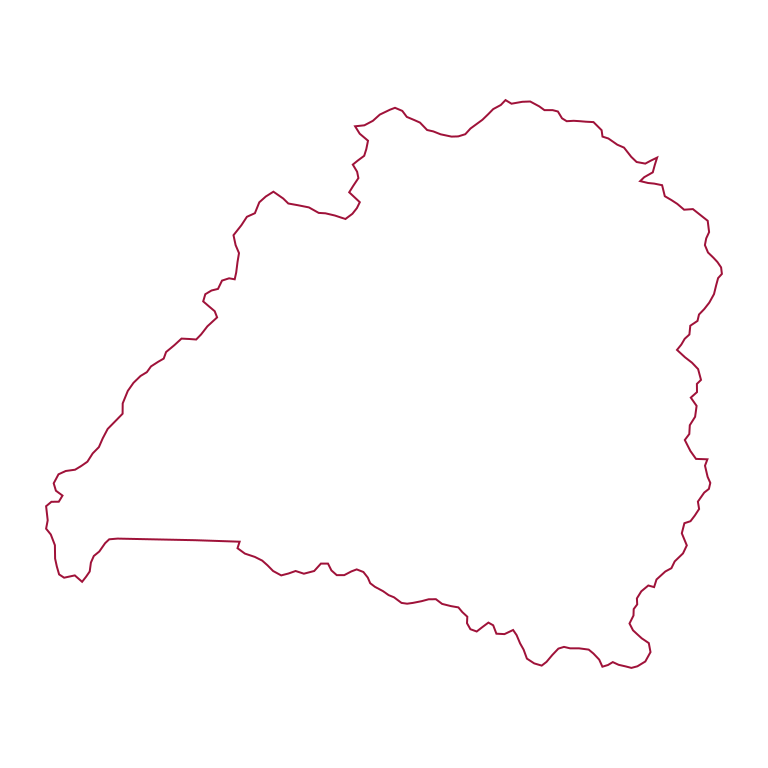 Ribeirão Branco, São Paulo, Brazil (Albers equal-area conic projection)
{"feature_id": "56859067B550904293643", "entity_name": "Ribeirão Branco", "entity_type": "district", "adm_level": 2, "iso_a3": "BRA", "parent_name": "Brazil", "parent_adm1": "São Paulo", "projection": "albers", "projection_center": [-48.778, -24.254], "detail": "fine", "context": "isolated", "style": "outline", "palette": "rose", "viewbox_px": 768, "rotation_deg": 0, "n_neighbors": 0, "source": "geoboundaries", "source_scale": "gbopen_adm2", "svg_char_len": 3531}
<svg xmlns="http://www.w3.org/2000/svg" viewBox="0 0 768 768"><path d="M686.8,545.4L681.8,533.3L684.4,523.2L690.5,521.2L694.7,515.7L699.1,509.0L697.9,501.6L704.2,492.6L708.9,488.9L710.3,482.9L707.6,476.8L705.0,465.7L707.4,459.3L696.0,458.9L690.4,451.0L684.8,440.0L689.3,434.0L689.8,425.2L695.1,416.8L696.6,405.9L690.8,397.6L697.0,392.1L696.9,383.9L701.0,379.9L698.1,369.1L692.0,362.7L684.9,357.2L677.0,349.9L681.3,344.6L684.7,338.8L689.4,334.5L690.3,325.7L697.5,320.9L699.0,314.5L704.3,309.0L709.3,302.6L714.0,294.1L716.1,285.5L718.1,278.1L721.9,273.9L721.1,267.4L717.4,262.0L713.5,257.8L708.0,252.5L704.9,245.1L706.2,238.4L709.1,232.1L707.7,220.8L692.9,209.1L684.1,209.7L677.3,203.9L671.3,200.0L664.8,196.2L662.1,185.2L654.2,183.6L648.1,183.0L640.2,181.1L644.2,177.2L652.8,172.3L654.8,164.9L657.1,157.6L650.5,160.8L645.3,163.6L636.6,162.0L631.2,156.8L624.0,147.6L617.3,144.7L608.4,138.5L602.5,136.6L601.6,130.2L593.5,122.1L585.8,121.7L580.0,121.2L573.8,120.8L566.7,121.2L562.0,118.3L557.9,111.5L552.5,110.1L544.4,110.1L539.3,106.4L530.2,101.5L522.3,101.8L511.5,103.7L505.5,100.1L500.8,105.0L493.2,109.1L488.2,114.2L482.4,119.8L470.5,128.5L465.3,134.2L458.2,136.4L451.5,136.6L440.6,134.3L433.3,131.4L427.1,130.0L420.0,122.6L414.4,120.1L406.8,116.9L402.3,110.9L395.0,107.8L390.0,109.7L379.8,114.6L372.9,120.8L364.4,125.3L355.1,126.3L359.7,133.7L368.0,140.7L366.3,149.1L364.2,155.8L358.0,160.4L352.8,164.6L357.1,171.7L358.4,178.1L353.2,185.9L349.2,192.3L359.8,202.2L356.9,208.1L352.4,213.8L345.4,219.0L334.8,215.5L325.4,213.3L318.7,212.9L308.9,207.4L297.8,205.2L288.3,203.5L283.2,198.5L273.4,191.7L265.8,196.5L259.3,202.3L254.9,213.2L246.9,216.8L241.4,225.2L233.5,235.2L235.6,245.1L239.0,253.1L237.5,262.1L236.2,272.5L234.7,279.3L229.1,278.3L222.0,280.6L218.0,288.9L211.5,290.5L205.3,294.2L203.2,301.4L208.9,306.3L214.7,311.2L217.1,317.4L207.4,326.3L201.2,334.3L196.2,339.5L189.4,339.0L181.5,338.6L174.2,345.3L166.1,352.0L163.7,358.6L158.3,361.7L151.0,366.4L146.9,372.1L140.5,376.0L133.5,382.8L127.8,390.9L122.7,403.4L122.6,413.7L114.4,422.1L107.7,428.9L102.7,438.4L98.9,447.1L92.7,453.4L87.4,461.7L81.2,466.0L75.1,469.7L65.7,471.0L58.5,474.3L53.7,483.3L55.9,490.7L62.5,495.6L58.8,501.7L51.4,501.8L46.1,506.2L47.7,520.3L46.1,528.7L50.8,534.5L54.9,545.2L55.1,558.6L56.8,566.4L59.1,574.4L64.1,577.7L74.8,575.4L82.1,581.8L86.1,576.7L89.7,571.5L90.9,562.6L93.8,556.0L99.3,551.5L105.1,543.2L109.2,539.3L117.5,538.6L195.0,540.2L239.6,541.7L237.5,548.2L244.9,553.6L254.8,556.9L262.2,560.6L267.5,565.3L273.1,571.0L281.2,575.4L288.5,573.5L295.6,571.0L303.9,573.7L314.2,571.0L320.9,563.6L328.0,563.6L331.4,570.4L336.7,575.1L344.3,575.1L351.4,571.4L356.7,569.4L363.4,572.0L367.8,577.6L370.2,583.2L374.9,586.8L383.1,591.2L388.6,595.1L394.0,597.3L401.5,602.9L407.1,603.7L412.9,602.9L421.5,601.2L428.6,599.3L435.9,599.2L442.1,603.9L450.9,606.1L458.4,607.4L462.3,612.1L467.3,616.7L467.0,623.2L470.4,629.2L476.7,631.5L482.5,627.0L488.4,622.6L493.2,625.3L496.4,633.7L504.5,634.1L513.1,630.0L516.6,635.1L520.1,643.4L523.6,649.6L526.9,658.6L534.2,663.4L541.7,665.6L546.5,661.9L552.2,655.1L558.4,648.6L564.0,646.9L570.0,648.3L578.8,648.3L588.7,649.6L593.4,653.5L599.2,659.6L602.4,666.7L608.0,665.0L612.8,662.1L618.6,664.8L625.6,666.4L631.4,667.9L637.4,666.3L645.3,661.5L650.5,652.1L648.8,643.1L641.7,638.3L637.2,634.2L633.0,630.3L629.5,623.5L633.5,615.5L633.7,609.1L637.2,604.4L636.9,598.4L641.3,591.3L648.3,585.5L654.1,587.1L656.5,579.5L665.3,571.5L671.4,568.2L674.7,561.4L683.0,553.4L686.8,545.4Z" fill="none" stroke="#9f1239" stroke-width="2"/></svg>